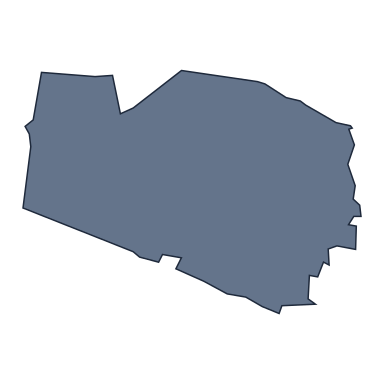 outline of Williamson, Tennessee, United States of America
{"feature_id": "52423323B14548385416818", "entity_name": "Williamson", "entity_type": "district", "adm_level": 2, "iso_a3": "USA", "parent_name": "United States of America", "parent_adm1": "Tennessee", "projection": "orthographic", "projection_center": [-86.823, 35.875], "detail": "fine", "context": "isolated", "style": "filled", "palette": "slate", "viewbox_px": 384, "rotation_deg": 0, "n_neighbors": 0, "source": "geoboundaries", "source_scale": "gbopen_adm2", "svg_char_len": 729}
<svg xmlns="http://www.w3.org/2000/svg" viewBox="0 0 384 384"><path d="M29.3,134.0L30.8,146.7L23.0,208.0L133.2,251.7L139.6,257.1L158.6,262.2L162.5,254.5L181.4,257.8L175.9,268.8L203.7,281.2L227.2,293.9L245.8,297.1L262.3,306.6L279.1,313.5L281.9,305.7L315.4,304.2L308.1,298.9L309.4,275.4L317.7,276.9L323.5,262.1L329.1,265.0L328.2,249.0L336.9,245.9L355.6,249.4L356.3,226.1L348.5,224.7L353.8,216.4L361.0,216.4L359.7,205.2L353.2,199.1L355.2,185.7L347.8,164.3L354.4,144.9L348.8,129.2L352.2,128.1L350.5,125.8L336.0,122.6L305.7,105.1L300.3,101.0L286.1,97.6L264.9,83.9L257.4,81.6L181.5,70.5L133.2,108.0L120.4,113.8L112.5,75.4L95.1,76.6L41.5,72.4L33.2,119.9L25.1,126.4L29.3,134.0Z" fill="#64748b" stroke="#1e293b" stroke-width="1.5"/></svg>